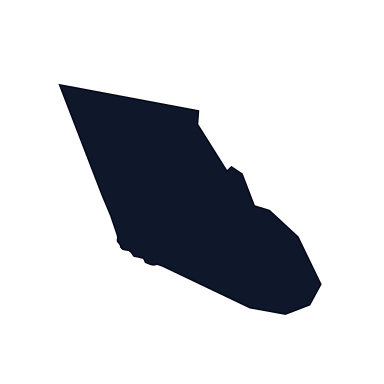 Abiemnhom, Unity, South Sudan (Mercator projection), rotated 249°
{"feature_id": "79223893B7237342620432", "entity_name": "Abiemnhom", "entity_type": "district", "adm_level": 2, "iso_a3": "SSD", "parent_name": "South Sudan", "parent_adm1": "Unity", "projection": "mercator", "projection_center": [29.064, 9.531], "detail": "fine", "context": "isolated", "style": "filled", "palette": "ink", "viewbox_px": 384, "rotation_deg": 249, "n_neighbors": 0, "source": "geoboundaries", "source_scale": "gbopen_adm2", "svg_char_len": 695}
<svg xmlns="http://www.w3.org/2000/svg" viewBox="0 0 384 384"><g transform="rotate(249 192 192)"><path d="M265.4,227.1L339.5,106.8L221.4,107.0L198.9,107.7L179.4,106.9L177.2,106.7L175.8,106.3L174.0,105.2L172.3,104.8L171.0,105.4L169.2,105.8L167.6,106.3L166.3,105.7L164.7,106.3L163.4,106.8L162.1,108.8L160.1,112.2L157.4,113.8L155.6,114.2L153.0,114.8L152.1,116.1L151.0,118.1L149.7,119.8L147.7,122.9L145.7,123.3L143.4,123.3L142.6,123.8L141.2,125.3L139.2,127.5L137.7,129.9L137.0,133.8L133.5,137.9L63.2,204.6L44.5,235.4L44.5,261.4L59.7,279.2L112.1,274.8L147.0,257.6L156.7,245.2L190.8,245.2L201.3,237.8L198.9,232.1L253.2,221.4L265.4,227.1Z" fill="#0f172a" stroke="#020617" stroke-width="1.5"/></g></svg>